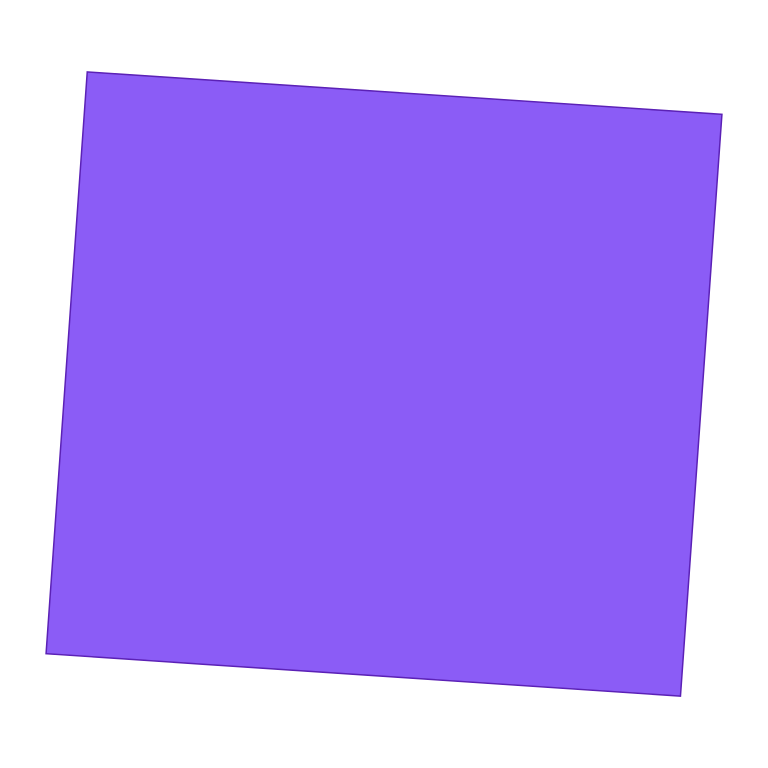 Pierce, Nebraska, United States of America (Robinson projection), rotated 184°
{"feature_id": "52423323B66217653244745", "entity_name": "Pierce", "entity_type": "district", "adm_level": 2, "iso_a3": "USA", "parent_name": "United States of America", "parent_adm1": "Nebraska", "projection": "robinson", "projection_center": [-97.585, 42.264], "detail": "fine", "context": "isolated", "style": "filled", "palette": "violet", "viewbox_px": 768, "rotation_deg": 184, "n_neighbors": 0, "source": "geoboundaries", "source_scale": "gbopen_adm2", "svg_char_len": 248}
<svg xmlns="http://www.w3.org/2000/svg" viewBox="0 0 768 768"><g transform="rotate(184 384 384)"><path d="M66.5,93.3L65.7,676.6L701.8,674.6L702.2,237.1L702.3,91.4L542.0,91.8L66.5,93.3Z" fill="#8b5cf6" stroke="#5b21b6" stroke-width="1.5"/></g></svg>